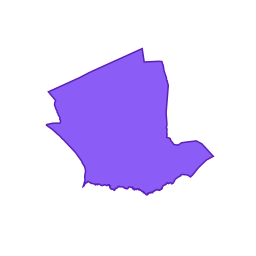 the district of Kajiado Central, Rift Valley, Kenya, rotated 126°
{"feature_id": "3690345B79073906522262", "entity_name": "Kajiado Central", "entity_type": "district", "adm_level": 2, "iso_a3": "KEN", "parent_name": "Kenya", "parent_adm1": "Rift Valley", "projection": "albers", "projection_center": [36.936, -2.176], "detail": "fine", "context": "isolated", "style": "filled", "palette": "violet", "viewbox_px": 256, "rotation_deg": 126, "n_neighbors": 0, "source": "geoboundaries", "source_scale": "gbopen_adm2", "svg_char_len": 5610}
<svg xmlns="http://www.w3.org/2000/svg" viewBox="0 0 256 256"><g transform="rotate(126 128 128)"><path d="M130.8,48.6L129.9,48.5L127.8,48.1L120.3,47.8L117.4,47.5L109.2,46.0L107.6,45.6L107.1,45.5L106.9,45.4L106.5,45.2L105.9,44.8L104.0,43.9L100.8,42.3L99.9,46.7L97.4,59.0L98.3,65.2L106.6,74.1L108.6,76.1L112.1,77.2L113.2,78.9L113.4,79.0L113.9,80.3L114.0,80.6L114.2,80.9L114.4,81.2L113.5,83.7L113.4,84.5L113.0,85.8L112.6,86.3L112.6,86.7L112.5,86.9L111.7,87.6L111.8,88.4L112.8,91.2L111.7,91.7L110.9,92.3L110.7,92.3L110.4,92.6L110.2,93.0L109.6,93.2L109.6,93.5L106.5,95.5L105.9,95.8L105.6,96.4L105.5,96.9L105.0,97.3L103.4,97.9L102.8,98.3L102.2,98.6L93.3,106.1L69.6,120.6L68.4,122.4L68.1,122.6L67.6,123.1L66.8,124.0L66.5,124.9L66.3,125.2L65.6,125.7L64.9,126.5L64.3,126.9L64.0,127.5L63.8,127.9L62.7,129.4L62.1,130.4L61.5,131.0L60.7,132.3L59.0,134.0L58.1,134.9L56.5,136.5L56.3,136.8L56.0,137.5L55.7,137.9L55.0,138.6L54.3,139.7L56.1,142.5L65.1,153.7L55.4,163.2L101.1,189.2L106.3,192.1L115.8,196.8L145.5,213.7L148.0,204.0L148.2,203.1L148.4,202.7L148.7,202.5L150.2,202.3L150.9,202.0L152.2,201.2L152.5,201.0L154.9,197.6L155.1,197.2L156.0,195.3L157.1,194.4L157.2,194.0L157.3,193.2L157.8,192.7L158.2,192.4L158.4,192.1L159.5,189.4L160.0,189.0L160.7,188.7L161.1,188.2L161.4,187.6L161.9,186.8L162.9,186.1L163.7,185.9L164.5,186.3L165.1,187.3L167.0,189.9L168.7,192.0L171.1,194.1L172.9,195.8L173.2,195.9L173.5,195.8L173.6,195.3L173.7,193.2L173.6,188.2L174.4,181.1L174.5,178.8L175.3,175.1L175.5,172.8L178.6,156.4L181.1,148.8L182.0,146.2L182.8,144.7L183.2,144.4L183.4,144.0L183.8,142.7L184.5,141.2L184.6,140.5L184.7,140.4L185.3,139.8L185.9,139.0L186.9,137.9L188.0,136.8L188.7,136.6L190.4,135.7L192.2,134.8L193.6,133.9L194.3,133.1L195.4,132.2L195.7,132.0L198.0,131.2L199.9,130.4L200.5,130.3L200.9,130.2L201.2,130.1L201.7,129.9L200.8,129.6L200.5,129.6L200.2,129.6L199.4,130.2L199.2,130.2L198.9,130.1L198.5,129.8L198.2,129.8L197.7,130.1L197.4,130.2L197.2,130.1L197.0,129.8L196.6,129.2L196.4,129.1L196.2,129.1L195.5,129.4L195.3,129.4L194.7,128.7L194.6,128.4L194.5,128.2L194.6,127.5L194.6,127.2L194.4,126.5L194.4,126.3L194.5,125.5L194.4,125.0L193.9,124.4L193.6,123.9L193.4,123.3L193.2,122.5L193.1,121.6L193.0,121.4L192.8,121.5L192.6,121.4L192.6,121.1L192.7,120.9L193.0,120.7L192.9,120.6L192.6,120.5L192.0,120.5L191.6,120.3L191.6,120.2L191.7,119.3L191.7,119.1L191.4,119.0L190.9,119.0L190.5,118.7L190.3,118.3L190.2,117.8L190.3,116.7L190.1,116.1L190.0,115.5L189.8,115.1L189.7,114.9L188.7,114.4L188.4,113.9L187.7,113.6L187.4,113.3L187.3,113.0L187.2,112.8L187.3,112.3L187.3,111.8L187.2,111.6L186.9,111.2L186.6,111.0L185.9,110.8L185.8,110.6L185.8,110.4L185.8,110.1L185.6,110.2L185.3,110.4L185.1,110.3L184.9,109.9L185.0,109.6L185.5,109.3L185.6,109.1L185.2,108.9L185.2,108.7L185.7,108.3L186.5,107.9L186.9,107.5L187.0,106.8L187.3,106.5L187.3,106.2L187.1,105.9L187.1,105.0L186.6,104.6L186.3,104.2L186.3,103.9L186.4,103.5L186.5,103.0L186.5,102.5L186.4,102.3L186.2,102.2L186.0,102.3L185.8,102.6L185.7,102.6L185.0,102.5L184.4,102.6L184.2,102.6L183.6,101.7L183.4,101.6L183.0,101.6L182.3,101.7L181.8,101.7L181.0,101.5L180.8,101.4L180.7,101.2L181.0,100.7L180.9,100.6L180.7,100.4L180.3,100.3L180.2,100.2L180.0,99.5L179.4,98.6L178.9,98.0L178.5,97.6L178.5,97.3L178.7,96.6L178.7,95.8L178.7,95.5L178.6,95.3L178.2,95.0L178.1,94.9L178.3,94.4L178.2,94.1L178.2,93.8L178.2,93.7L177.7,93.6L177.6,92.9L177.2,92.5L176.8,92.6L176.6,92.7L176.2,92.6L175.3,92.8L175.1,92.7L175.0,92.3L174.3,91.2L174.2,90.6L174.1,90.4L173.7,90.2L173.4,90.0L173.3,89.8L173.3,89.6L173.4,89.4L174.2,88.9L174.4,88.7L174.4,88.4L174.3,88.2L174.1,88.2L173.5,88.3L173.4,88.3L173.3,88.1L173.3,87.9L173.4,87.7L173.7,87.4L174.1,87.0L174.4,86.5L174.2,86.3L173.8,86.3L173.4,86.2L172.9,85.9L172.8,85.7L172.9,85.3L172.9,85.1L172.6,85.1L172.2,84.9L171.5,84.8L171.4,84.6L171.7,84.4L171.7,84.0L171.6,83.8L171.3,83.8L171.0,83.5L170.9,83.3L171.1,83.1L171.6,83.0L171.7,82.9L171.7,82.7L171.1,82.3L170.9,82.0L171.1,81.9L170.9,81.5L171.1,81.0L170.8,80.4L171.1,79.3L170.9,79.0L170.7,79.0L170.6,78.8L170.7,78.6L170.6,78.4L170.8,78.4L171.1,77.9L171.1,77.6L170.9,77.3L171.1,77.3L171.2,76.7L171.0,76.2L171.0,75.7L171.1,75.2L170.8,75.0L170.7,74.7L170.8,74.6L171.0,74.5L171.2,74.2L171.2,73.8L170.8,73.4L170.8,73.2L170.6,73.1L170.4,73.0L170.3,73.4L170.0,73.3L169.1,72.9L168.8,73.2L168.7,72.9L168.2,72.8L167.9,72.3L167.7,72.3L167.6,72.0L167.2,71.5L167.0,71.4L166.8,71.8L166.7,71.7L166.6,71.4L166.4,71.5L166.2,71.4L166.0,71.2L166.2,70.8L166.1,70.6L165.7,70.5L165.7,70.2L165.5,70.3L165.3,70.2L165.0,70.4L164.3,69.9L164.1,69.8L163.7,69.7L163.3,69.9L163.1,69.7L162.9,69.6L162.8,69.4L162.5,69.3L162.2,69.0L161.9,68.9L161.7,68.8L161.4,68.9L161.1,68.5L161.0,68.4L160.7,68.5L160.6,68.4L160.8,68.0L160.6,67.3L160.6,67.2L160.4,66.8L160.1,66.8L159.8,66.4L159.8,66.2L159.9,65.9L159.8,65.7L159.5,65.8L159.1,65.6L158.6,65.7L158.3,65.5L158.1,65.4L158.1,65.2L157.9,65.0L157.4,64.8L157.1,64.8L156.6,65.0L156.4,65.0L156.2,65.2L156.1,65.4L155.9,65.3L155.5,65.5L154.6,65.5L154.3,65.6L154.1,65.6L153.6,65.4L153.3,65.2L153.1,65.2L152.7,65.0L152.2,64.9L151.8,64.6L151.8,64.3L151.6,64.2L151.4,64.1L150.3,64.2L149.8,64.3L149.3,63.9L149.1,63.9L149.0,63.7L149.3,63.2L149.3,62.8L149.2,62.6L149.0,62.4L148.6,62.2L148.4,62.2L147.9,62.0L147.7,61.8L147.2,61.4L147.2,60.9L147.1,60.6L147.2,60.3L147.4,60.1L147.5,59.8L147.2,59.6L146.8,59.4L146.6,59.4L146.1,59.1L145.9,59.1L145.5,59.2L144.4,59.2L144.1,59.3L143.5,59.3L142.8,59.6L141.2,59.5L140.4,59.3L140.1,59.1L138.8,58.8L137.8,58.4L135.9,57.4L135.8,57.6L135.6,57.7L135.2,57.7L134.2,56.9L133.9,56.9L133.7,56.9L133.6,56.7L131.1,52.4L130.8,48.6Z" fill="#8b5cf6" stroke="#5b21b6" stroke-width="1.5"/></g></svg>